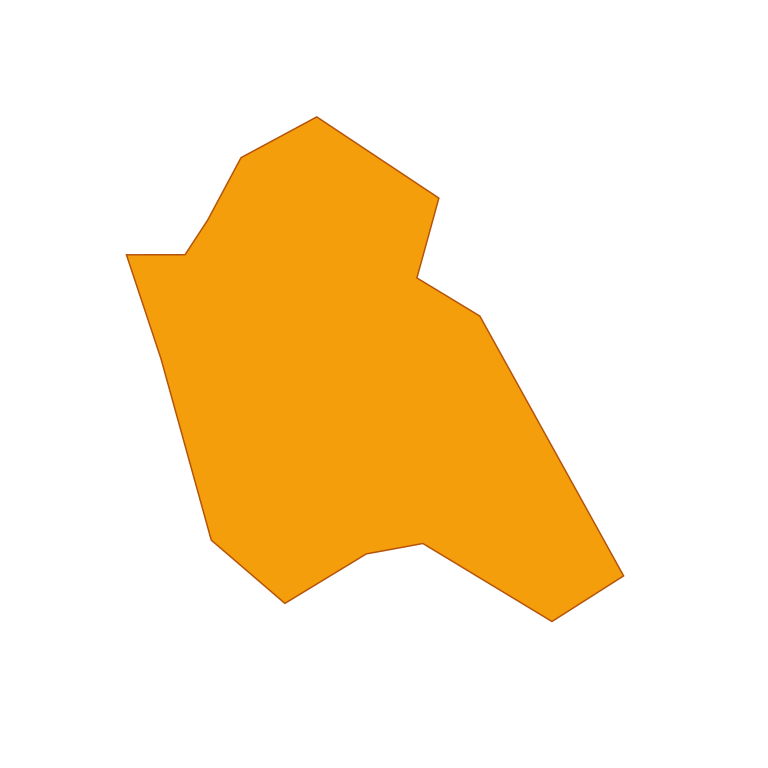 Okapa District, Eastern Highlands, Papua New Guinea, rotated 286°
{"feature_id": "67681753B79464726769716", "entity_name": "Okapa District", "entity_type": "district", "adm_level": 2, "iso_a3": "PNG", "parent_name": "Papua New Guinea", "parent_adm1": "Eastern Highlands", "projection": "equal_earth", "projection_center": [145.505, -6.653], "detail": "fine", "context": "isolated", "style": "filled", "palette": "amber", "viewbox_px": 768, "rotation_deg": 286, "n_neighbors": 0, "source": "geoboundaries", "source_scale": "gbopen_adm2", "svg_char_len": 399}
<svg xmlns="http://www.w3.org/2000/svg" viewBox="0 0 768 768"><g transform="rotate(286 384 384)"><path d="M346.9,162.6L294.2,194.9L186.3,261.0L168.3,300.2L145.8,349.2L215.8,413.8L241.4,465.3L202.0,610.9L265.6,667.2L296.6,636.3L475.7,457.4L495.0,386.4L577.8,385.5L622.2,245.7L562.2,184.2L492.9,169.3L453.4,157.1L437.2,100.8L346.9,162.6Z" fill="#f59e0b" stroke="#b45309" stroke-width="1.5"/></g></svg>